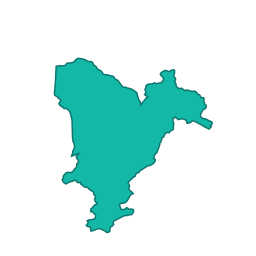 Santa Luzia, Bahia, Brazil, rotated 245°
{"feature_id": "56859067B43041247396885", "entity_name": "Santa Luzia", "entity_type": "district", "adm_level": 2, "iso_a3": "BRA", "parent_name": "Brazil", "parent_adm1": "Bahia", "projection": "equal_earth", "projection_center": [-39.272, -15.469], "detail": "fine", "context": "isolated", "style": "filled", "palette": "teal", "viewbox_px": 256, "rotation_deg": 245, "n_neighbors": 0, "source": "geoboundaries", "source_scale": "gbopen_adm2", "svg_char_len": 4643}
<svg xmlns="http://www.w3.org/2000/svg" viewBox="0 0 256 256"><g transform="rotate(245 128 128)"><path d="M42.7,64.3L41.7,65.9L42.1,67.9L44.3,69.2L45.6,70.2L45.8,72.3L46.6,74.2L48.5,74.5L49.7,76.0L49.8,78.4L50.0,84.7L50.1,86.8L50.0,88.3L49.3,89.5L48.8,91.1L48.8,93.0L47.9,94.5L49.0,96.7L50.2,98.0L51.7,98.3L52.9,97.2L53.4,95.7L54.2,94.4L55.3,94.0L56.3,93.2L55.7,90.7L56.5,88.0L57.9,87.3L59.2,87.6L60.3,87.4L62.0,88.0L62.9,89.0L62.5,90.3L61.9,91.7L61.6,93.2L61.8,95.3L62.7,96.8L63.4,97.8L64.3,99.3L65.6,100.9L66.5,102.8L66.3,105.0L68.4,104.5L70.0,103.5L71.5,103.1L72.7,103.0L74.2,104.6L76.0,105.0L77.8,104.8L78.9,105.8L79.5,107.1L80.1,109.1L80.5,110.4L81.1,111.6L81.2,114.0L83.0,115.8L83.5,117.4L83.1,119.1L84.5,121.4L84.5,123.8L84.8,125.3L84.9,126.8L85.3,129.1L85.0,131.1L84.8,132.8L84.9,134.8L85.2,136.5L86.0,137.6L86.8,138.8L88.0,139.4L89.3,138.4L90.9,139.6L92.6,140.8L93.1,142.7L93.9,144.3L95.0,145.3L96.5,146.9L98.1,148.5L99.4,149.7L100.6,150.1L101.2,151.5L102.3,152.8L103.7,153.9L105.0,154.6L104.7,156.3L106.4,158.2L107.3,159.7L107.4,161.9L106.2,163.5L107.3,164.5L107.3,166.2L107.4,168.1L108.6,169.1L110.1,169.7L111.5,170.5L112.7,171.3L113.8,171.7L115.2,171.6L116.4,172.0L117.6,173.4L117.9,175.4L116.3,176.3L114.5,176.9L113.8,179.9L112.7,182.1L111.2,183.5L109.4,184.0L107.5,183.4L106.7,185.2L106.7,187.3L107.2,189.4L106.4,190.8L104.8,192.0L103.6,193.2L102.1,193.9L100.9,195.2L98.9,196.4L97.6,197.3L96.2,198.3L95.3,199.0L94.0,200.1L92.8,201.1L94.0,204.0L95.1,203.5L95.8,205.3L97.0,206.6L98.2,206.4L99.5,205.4L100.6,204.1L101.6,203.7L102.9,202.6L103.8,201.7L104.8,200.2L106.4,198.9L108.3,198.7L109.9,199.8L111.3,201.6L112.8,203.7L112.9,206.3L114.3,208.1L115.8,208.3L117.1,207.5L118.5,208.0L120.2,208.0L121.4,208.8L123.3,209.5L124.1,207.6L125.6,207.1L127.9,206.8L129.0,205.5L130.3,205.4L131.5,205.1L132.6,204.6L133.5,203.7L133.8,201.9L135.2,200.1L136.5,198.9L137.6,197.3L137.5,195.8L138.7,195.0L139.6,194.3L141.4,193.5L141.8,191.5L142.8,190.4L143.9,189.9L145.0,189.4L146.4,189.6L147.9,190.1L148.9,190.0L150.4,189.8L151.5,191.4L152.8,192.0L154.3,191.7L155.5,191.3L156.6,191.9L157.4,192.8L158.7,193.8L160.5,194.5L161.7,193.8L161.9,192.3L161.8,190.6L162.1,188.4L163.6,187.3L164.5,186.0L164.5,183.6L164.0,181.2L163.3,180.1L161.6,180.1L160.2,180.7L159.2,181.0L157.6,181.2L156.4,180.0L155.2,178.4L155.3,176.1L155.8,174.1L156.4,172.0L157.7,171.2L157.8,168.8L158.2,167.3L159.1,165.5L159.1,163.3L158.3,162.0L157.2,161.3L156.0,159.9L154.7,159.4L152.9,159.4L152.1,158.5L151.3,157.1L149.8,157.9L148.4,159.1L143.5,149.2L144.9,149.7L146.5,150.1L148.5,149.7L150.3,149.9L151.6,150.1L153.2,150.2L154.9,150.6L156.0,150.8L157.4,150.4L159.0,149.4L160.2,148.8L161.9,147.6L162.6,146.5L163.6,145.6L164.6,144.1L166.0,143.1L166.6,141.7L167.5,140.4L169.3,140.2L170.7,139.8L172.1,139.6L173.7,139.3L175.2,139.1L176.7,137.9L177.9,137.0L179.0,136.8L180.1,136.8L181.5,136.1L182.5,134.5L183.7,133.1L184.9,131.9L186.2,129.4L187.3,128.2L188.8,128.2L190.8,127.8L192.0,127.1L193.1,126.1L194.5,125.3L195.6,125.1L196.7,125.1L198.3,124.4L200.2,123.3L201.8,123.7L203.0,123.3L203.9,122.5L204.5,121.1L205.4,119.9L206.6,119.0L208.0,118.0L209.0,116.9L210.0,115.6L211.5,113.5L212.3,112.1L212.0,109.8L211.0,107.5L210.7,106.1L211.1,104.3L211.5,102.7L212.5,100.3L211.6,98.3L211.4,96.7L211.9,94.9L213.1,93.0L213.6,91.5L214.3,89.0L202.1,82.6L198.5,80.6L190.1,75.7L188.6,75.5L187.1,76.4L185.8,77.5L184.0,77.5L182.7,78.7L181.2,78.7L180.3,77.0L179.1,75.6L177.4,76.0L175.9,76.5L174.6,77.7L173.5,78.0L172.5,78.5L171.9,80.1L170.4,81.2L169.2,81.6L168.1,82.0L166.9,82.0L165.4,81.9L159.3,80.8L142.1,73.4L140.9,73.4L139.6,72.5L137.9,72.5L136.7,72.4L134.8,72.1L133.4,71.6L132.2,70.6L131.2,69.4L130.4,68.3L129.0,67.4L127.5,66.1L126.3,65.0L125.7,72.5L124.6,70.5L123.6,68.8L121.8,68.9L119.9,69.2L118.0,68.7L117.1,66.4L115.5,65.7L114.1,64.6L113.6,62.7L112.8,61.1L112.0,59.9L111.7,57.8L112.3,56.1L113.3,55.1L113.5,52.8L112.4,50.1L111.5,48.8L110.1,48.5L109.0,46.5L105.9,46.6L104.3,47.4L103.5,48.4L103.6,49.8L103.8,51.5L103.6,53.2L103.3,54.7L103.3,57.3L102.0,58.8L100.3,58.9L99.1,60.6L98.7,62.1L97.2,61.5L95.9,62.4L94.2,62.9L92.5,64.0L91.6,66.0L90.5,66.5L89.4,66.7L88.4,67.4L86.7,68.1L85.5,69.4L83.9,69.6L82.6,68.8L81.6,69.2L80.1,69.7L78.8,69.0L77.7,67.6L76.3,67.5L75.0,67.2L74.0,67.9L72.5,68.3L72.4,66.5L72.2,64.6L71.4,63.1L70.8,61.8L70.1,59.9L68.9,59.5L67.9,58.8L67.1,60.6L66.0,60.7L64.9,61.0L63.6,61.6L62.3,61.8L61.1,60.9L59.7,60.0L60.1,57.9L60.2,56.2L61.1,54.1L61.2,51.8L60.0,52.3L58.9,51.5L58.0,50.4L57.4,49.0L55.9,49.6L54.6,51.5L53.3,52.0L51.9,51.2L50.2,50.9L49.7,53.2L49.6,55.3L49.5,57.5L48.9,59.6L48.0,60.6L46.4,61.9L44.6,63.5L42.7,64.3Z" fill="#14b8a6" stroke="#0f766e" stroke-width="1.5"/></g></svg>